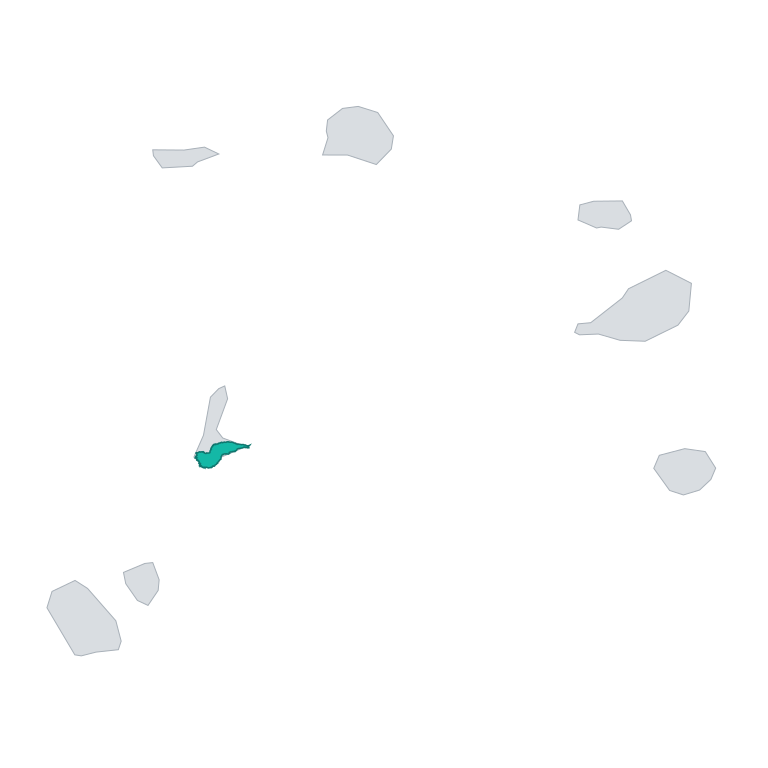 Sao Francisco De Assis, Tarrafal de São Nicolau, Cabo Verde (highlighted), rotated 271°
{"feature_id": "66160863B96931694342339", "entity_name": "Sao Francisco De Assis", "entity_type": "district", "adm_level": 2, "iso_a3": "CPV", "parent_name": "Cabo Verde", "parent_adm1": "Tarrafal de São Nicolau", "projection": "equal_earth", "projection_center": [-24.37, 16.575], "detail": "fine", "context": "in_parent", "style": "filled", "palette": "teal", "viewbox_px": 768, "rotation_deg": 271, "n_neighbors": 0, "source": "geoboundaries", "source_scale": "gbopen_adm2", "svg_char_len": 6282}
<svg xmlns="http://www.w3.org/2000/svg" viewBox="0 0 768 768"><g transform="rotate(271 384 384)"><path d="M502.6,663.8L490.0,689.6L462.3,687.5L448.0,676.9L431.3,644.4L431.8,619.3L437.7,597.5L436.6,578.6L439.0,573.7L447.5,576.9L448.9,589.6L474.2,620.8L483.5,626.8L502.6,663.8ZM142.6,120.0L122.3,125.7L113.7,123.0L110.9,100.7L106.9,86.1L107.8,79.6L154.4,50.9L170.8,55.7L182.2,78.5L174.4,91.2L142.6,120.0ZM611.9,318.6L629.3,323.7L635.9,321.9L647.0,323.0L658.8,337.7L661.1,353.4L655.3,373.0L632.3,389.1L619.0,387.2L603.3,372.5L612.3,343.5L611.9,318.6ZM322.0,706.4L305.7,717.1L294.3,712.5L283.5,701.4L278.3,685.3L282.5,671.5L304.4,655.2L317.5,660.5L324.6,685.8L322.0,706.4ZM367.8,210.7L376.5,218.9L379.3,224.8L366.5,227.9L335.5,217.1L327.2,223.7L319.0,246.9L303.2,211.8L304.3,198.9L307.6,195.2L329.6,204.4L367.8,210.7ZM557.4,627.5L551.5,628.6L542.8,615.9L544.7,598.4L543.7,593.8L551.4,575.1L566.5,576.7L570.4,590.5L571.2,619.1L557.4,627.5ZM201.4,155.9L184.3,162.6L173.7,161.8L158.5,151.9L163.3,141.2L179.8,129.3L191.1,126.8L200.4,148.0L201.4,155.9ZM617.7,200.4L611.1,214.8L602.8,193.7L598.4,188.7L596.2,158.5L608.2,149.5L614.1,148.7L614.4,180.0L617.7,200.4Z" fill="#d9dde1" stroke="#a8b0b8" stroke-width="1"/><path d="M311.9,196.9L311.8,197.4L311.7,197.3L311.6,197.5L311.5,197.4L310.7,198.1L310.2,198.1L309.6,198.3L309.5,198.1L309.3,198.2L309.1,198.0L309.0,197.8L308.9,197.8L308.9,197.6L308.6,197.3L308.5,197.2L308.4,197.2L308.4,197.3L308.3,197.2L308.2,197.3L308.1,197.2L308.1,197.3L308.0,197.5L307.7,197.3L307.5,197.5L307.4,197.3L307.1,197.2L306.9,197.0L306.8,197.6L306.8,197.4L306.7,197.3L306.7,197.9L306.4,197.6L306.2,197.6L306.1,197.4L306.1,197.6L306.0,197.8L305.9,197.9L305.8,198.0L305.6,198.1L305.3,198.0L305.2,198.0L305.1,197.8L305.1,198.3L304.9,198.2L304.8,198.4L304.8,198.2L304.7,198.2L304.8,198.6L304.7,198.6L304.7,199.0L304.5,199.3L304.3,199.3L304.3,199.2L304.3,199.3L304.0,199.2L303.8,199.6L303.7,199.5L303.7,199.4L303.6,199.6L303.8,199.9L303.6,200.2L303.5,200.4L303.3,200.4L303.2,200.5L302.9,200.4L302.5,200.7L302.4,200.7L302.2,200.6L302.1,200.4L301.7,200.4L301.6,200.6L301.5,200.4L301.4,200.4L301.4,200.8L301.2,200.6L301.0,201.2L300.9,201.1L301.0,201.4L300.8,201.5L300.6,201.1L300.4,201.3L300.2,201.5L300.1,201.4L300.1,201.2L299.8,201.1L299.9,201.3L299.7,201.2L299.4,201.0L299.2,201.1L299.3,201.3L299.1,201.4L298.6,201.4L298.8,201.7L299.0,201.6L299.1,201.8L299.3,202.1L299.3,202.3L299.2,202.4L299.1,202.7L299.0,202.8L298.7,202.6L298.6,202.4L298.4,202.4L298.3,202.7L298.2,202.6L298.1,203.0L298.0,203.3L297.9,203.3L297.7,203.7L297.6,203.8L297.4,204.3L297.5,204.4L297.4,204.5L297.5,204.7L297.4,204.8L297.3,205.0L297.2,205.2L297.3,205.3L297.2,205.4L297.3,205.5L297.1,205.6L297.3,205.8L297.1,205.9L297.2,206.2L297.3,206.3L297.2,206.4L297.3,206.4L297.4,206.6L297.5,206.7L297.6,207.3L297.5,207.8L297.7,208.2L297.4,208.9L297.2,209.2L297.0,209.7L297.2,210.2L297.2,210.4L297.1,210.5L297.3,210.8L297.3,212.0L297.4,212.4L297.5,212.4L297.4,213.0L298.0,213.7L298.5,213.7L298.9,214.1L299.1,214.9L298.8,215.1L298.8,215.3L298.8,215.6L299.1,216.0L299.4,216.3L299.9,216.4L300.8,217.8L301.6,218.3L301.6,218.5L301.9,218.6L302.0,218.6L302.0,218.8L302.2,218.7L302.4,219.0L302.6,219.0L303.1,219.5L303.4,219.8L303.5,220.1L304.2,220.3L305.4,221.3L305.5,221.4L305.5,221.5L305.7,221.9L305.8,221.8L306.0,221.9L306.0,222.0L306.4,222.1L307.1,222.4L307.6,222.4L308.1,222.3L308.7,222.5L309.4,222.9L309.6,223.1L309.9,223.1L310.4,223.6L310.7,224.6L310.8,224.6L310.7,224.8L311.2,225.3L311.4,225.9L311.4,226.1L311.1,226.3L311.0,226.1L311.1,226.5L311.4,226.9L311.5,227.2L311.5,227.4L311.3,227.4L311.2,227.7L311.4,228.8L311.2,229.2L311.2,229.6L311.4,229.9L311.6,230.1L311.6,230.3L311.8,230.5L312.1,230.6L312.3,230.8L312.5,230.7L312.5,230.8L312.9,230.6L313.0,230.9L313.2,231.1L313.2,231.3L313.3,231.7L313.5,232.1L313.4,233.0L313.8,233.6L313.8,233.8L313.8,234.1L313.7,234.3L313.8,234.5L314.0,235.0L313.9,235.1L313.8,235.4L314.0,235.5L313.9,235.7L314.0,235.9L314.1,235.7L314.2,235.9L314.1,236.2L314.3,236.2L314.5,236.3L314.7,236.8L314.7,237.0L314.9,237.3L315.0,237.5L315.9,238.1L316.0,238.1L316.4,238.4L316.7,239.0L317.1,240.2L317.1,240.6L317.1,240.8L317.1,241.1L317.6,243.0L317.7,243.9L318.0,244.3L318.1,244.7L318.4,244.9L318.5,245.4L318.4,245.8L318.5,246.2L318.2,246.8L318.0,246.7L318.0,246.9L318.0,247.3L318.1,247.6L318.2,248.1L318.0,248.4L317.8,248.5L317.8,248.8L317.9,249.1L317.8,249.5L318.0,249.7L318.0,250.0L318.3,249.9L318.5,249.8L318.7,249.1L319.0,248.9L319.3,249.1L319.4,249.3L319.7,249.5L319.8,249.8L320.0,249.9L320.1,250.6L320.4,250.8L320.2,250.4L319.9,249.6L319.9,249.1L319.7,248.6L319.7,248.4L319.9,248.0L320.4,246.8L320.7,246.2L320.6,245.8L320.7,245.1L321.0,244.6L321.0,243.0L320.8,242.5L321.1,241.8L321.1,241.0L321.2,240.4L321.1,240.1L321.3,239.6L321.3,238.9L321.2,238.6L321.3,238.4L321.1,238.2L321.5,237.9L321.7,236.8L322.1,236.5L322.2,236.1L322.2,235.6L322.7,234.4L322.9,234.1L323.0,233.3L323.3,232.7L323.2,232.4L323.1,232.2L323.1,231.5L323.0,231.1L323.2,230.8L323.3,230.7L323.2,230.0L323.5,229.6L323.4,228.9L323.5,228.4L323.4,227.8L322.9,227.2L322.9,226.7L322.9,226.2L323.2,225.8L322.9,225.1L322.9,224.5L322.7,224.3L322.5,223.8L322.5,223.3L322.9,222.9L322.7,222.7L322.7,222.2L322.4,221.8L322.3,221.7L322.4,221.4L322.2,221.3L322.1,221.0L322.1,220.6L321.9,220.3L322.0,220.0L321.7,219.8L321.6,219.2L321.3,219.0L321.1,219.0L321.0,218.8L321.0,218.5L321.1,218.2L321.0,217.8L321.0,217.4L321.1,217.1L320.9,217.1L320.8,216.8L320.5,216.7L320.6,216.3L320.6,216.2L320.4,215.6L320.6,215.3L320.8,215.3L320.8,215.2L320.6,215.0L320.3,214.5L319.8,214.5L319.6,214.4L319.4,214.2L319.4,213.8L319.0,213.9L318.7,213.7L318.4,213.1L318.1,213.0L317.6,213.0L316.9,212.2L316.4,212.1L316.3,212.3L316.1,212.4L316.0,212.1L315.6,211.9L315.2,212.1L314.9,212.0L314.5,211.5L314.3,211.4L314.0,211.4L313.8,211.2L312.4,211.2L312.2,210.9L312.0,210.4L311.9,209.8L311.9,209.6L311.8,208.9L312.0,208.1L312.0,207.9L311.6,207.6L311.4,207.1L311.5,206.9L311.5,206.7L311.7,206.2L311.8,205.7L312.2,205.6L312.4,205.0L312.6,205.2L313.2,204.5L313.2,204.4L313.1,203.7L312.9,203.4L313.0,202.9L313.0,202.0L312.9,201.9L312.7,201.7L312.7,201.3L312.9,200.9L313.0,200.5L312.6,200.0L312.1,199.3L312.1,199.1L312.1,198.9L311.9,198.6L311.9,198.4L312.1,198.0L312.0,197.7L311.9,197.6L311.9,196.9Z" fill="#14b8a6" stroke="#0f766e" stroke-width="1.5"/></g></svg>